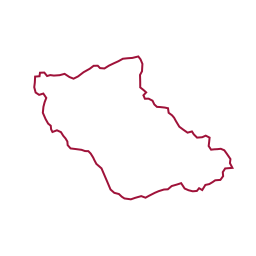 Califórnia, Paraná, Brazil, rotated 46°
{"feature_id": "56859067B16760684583143", "entity_name": "Califórnia", "entity_type": "district", "adm_level": 2, "iso_a3": "BRA", "parent_name": "Brazil", "parent_adm1": "Paraná", "projection": "albers", "projection_center": [-51.334, -23.667], "detail": "fine", "context": "isolated", "style": "outline", "palette": "rose", "viewbox_px": 256, "rotation_deg": 46, "n_neighbors": 0, "source": "geoboundaries", "source_scale": "gbopen_adm2", "svg_char_len": 1611}
<svg xmlns="http://www.w3.org/2000/svg" viewBox="0 0 256 256"><g transform="rotate(46 128 128)"><path d="M33.5,167.1L38.3,169.8L42.4,168.9L44.4,165.0L49.6,165.9L51.5,170.0L54.0,174.1L57.9,178.7L64.4,181.1L69.4,182.4L72.7,182.0L75.5,184.2L78.4,185.1L80.3,180.7L84.4,179.1L88.7,180.0L92.1,180.2L95.6,181.0L98.4,183.3L102.8,183.5L107.5,179.7L111.4,176.6L114.8,174.9L117.1,172.6L120.5,172.6L125.1,173.6L128.0,174.6L131.9,175.7L138.6,175.1L152.6,180.4L160.1,183.3L165.1,182.9L169.2,180.4L173.1,180.2L176.2,179.5L181.3,175.5L183.2,171.4L186.2,165.8L190.3,163.8L191.4,159.8L193.3,153.6L194.8,149.7L197.2,144.9L199.8,141.9L200.1,136.9L202.7,132.0L204.6,128.1L210.9,129.3L214.8,127.7L218.5,125.4L221.1,122.2L220.7,118.7L224.2,117.7L222.7,111.9L224.8,108.5L225.7,104.7L226.2,101.6L229.5,97.6L228.7,93.0L225.6,90.5L224.6,86.2L229.2,80.6L224.1,79.1L221.5,75.9L215.1,74.8L210.9,74.2L207.4,75.7L205.4,78.3L203.3,80.7L201.3,83.3L197.0,82.5L194.4,79.3L191.6,76.0L187.5,77.4L186.2,81.0L182.9,85.0L178.3,85.1L174.9,84.4L172.7,88.4L167.6,89.4L162.7,90.2L156.2,88.7L152.6,87.7L149.4,87.5L145.3,88.2L141.6,85.5L138.9,87.3L135.3,90.3L132.9,92.5L129.3,92.7L125.4,91.4L121.2,92.8L118.7,95.5L115.2,94.2L115.0,90.2L111.9,90.4L107.3,91.0L103.0,86.9L98.2,82.5L96.9,78.5L91.9,73.1L87.3,71.3L83.7,70.9L80.6,76.2L77.5,79.9L74.6,83.6L73.3,88.5L71.6,93.3L69.9,98.4L68.8,103.6L65.5,106.5L62.2,106.5L59.4,109.5L58.8,114.4L57.0,121.2L56.2,128.1L54.7,132.9L50.7,134.7L45.0,136.0L42.5,140.5L38.8,144.9L35.9,147.2L34.4,150.1L30.0,149.7L27.1,152.9L29.3,155.7L26.5,159.1L30.7,163.6L33.5,167.1Z" fill="none" stroke="#9f1239" stroke-width="2"/></g></svg>